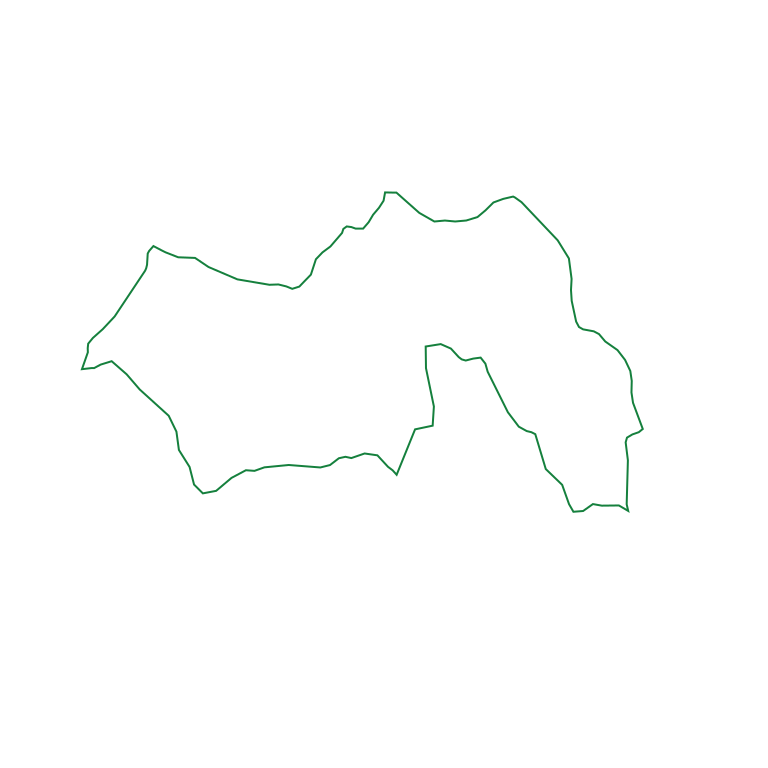 the Region of Samegrelo-Zemo Svaneti, rotated 51°
{"feature_id": "GEO-3029", "entity_name": "Samegrelo-Zemo Svaneti", "entity_type": "Region", "adm_level": 1, "iso_a3": "GEO", "parent_name": "Georgia", "parent_adm1": "", "projection": "robinson", "projection_center": [42.261, 42.648], "detail": "fine", "context": "isolated", "style": "outline", "palette": "green", "viewbox_px": 768, "rotation_deg": 51, "n_neighbors": 0, "source": "natural_earth", "source_scale": "10m", "svg_char_len": 1857}
<svg xmlns="http://www.w3.org/2000/svg" viewBox="0 0 768 768"><g transform="rotate(51 384 384)"><path d="M384.1,158.9L402.8,161.3L420.4,172.1L428.6,179.5L437.5,185.8L456.4,195.4L462.4,196.6L466.8,194.9L475.1,187.8L480.5,185.5L490.2,185.3L504.6,181.2L517.0,181.5L528.9,184.4L537.5,189.5L546.3,197.0L555.3,202.3L581.8,211.2L581.8,216.3L579.5,222.7L578.6,228.9L581.4,232.9L596.8,242.5L630.2,271.1L636.3,274.1L626.2,277.9L615.6,291.3L608.8,297.2L608.0,309.2L602.5,317.2L593.8,315.8L574.5,309.0L551.9,311.8L518.2,298.0L514.2,299.8L510.4,302.7L502.0,306.1L483.9,305.5L439.7,295.7L432.0,292.4L424.3,292.3L420.4,298.7L417.2,305.7L413.8,308.1L410.1,309.0L398.6,309.7L388.7,314.8L381.1,328.0L398.1,341.4L432.9,359.4L447.0,372.4L438.8,388.4L462.5,431.3L456.5,431.6L450.9,433.0L435.3,434.0L425.8,442.8L421.0,456.0L416.3,459.8L413.3,465.8L413.0,477.0L408.8,486.0L387.0,509.0L373.5,529.4L370.0,539.3L364.1,545.6L361.0,561.6L361.4,581.7L355.0,593.6L342.6,594.9L326.1,587.3L306.2,584.9L290.4,575.3L273.2,571.3L234.5,577.3L214.5,577.9L194.9,581.3L190.6,592.0L189.2,599.3L187.6,601.2L182.4,609.4L173.0,594.2L169.7,591.7L166.5,588.5L165.0,581.2L164.4,568.1L162.0,550.8L145.6,498.3L144.4,496.0L142.2,493.1L133.9,485.5L132.8,482.8L131.7,476.4L133.3,475.7L140.7,472.5L144.2,470.9L156.0,464.2L162.9,456.3L167.1,451.5L182.5,446.8L183.5,446.3L210.4,432.1L234.9,410.5L235.3,409.9L240.2,403.4L246.7,398.5L252.3,395.4L255.0,388.5L254.1,381.2L253.0,372.0L244.2,358.4L243.0,349.0L243.4,339.1L240.2,321.5L237.9,318.0L238.1,313.8L241.5,310.6L245.3,308.3L250.1,302.4L248.6,294.1L246.1,287.3L245.6,286.0L243.9,277.0L241.3,269.0L235.8,262.6L240.7,256.8L243.1,253.9L273.2,248.9L289.4,242.6L295.3,233.8L302.5,226.4L308.7,217.2L313.1,206.3L312.9,195.7L311.8,184.7L315.2,174.8L319.6,165.7L321.3,164.9L329.2,162.7L381.6,158.6L384.1,158.9Z" fill="none" stroke="#15803d" stroke-width="2"/></g></svg>